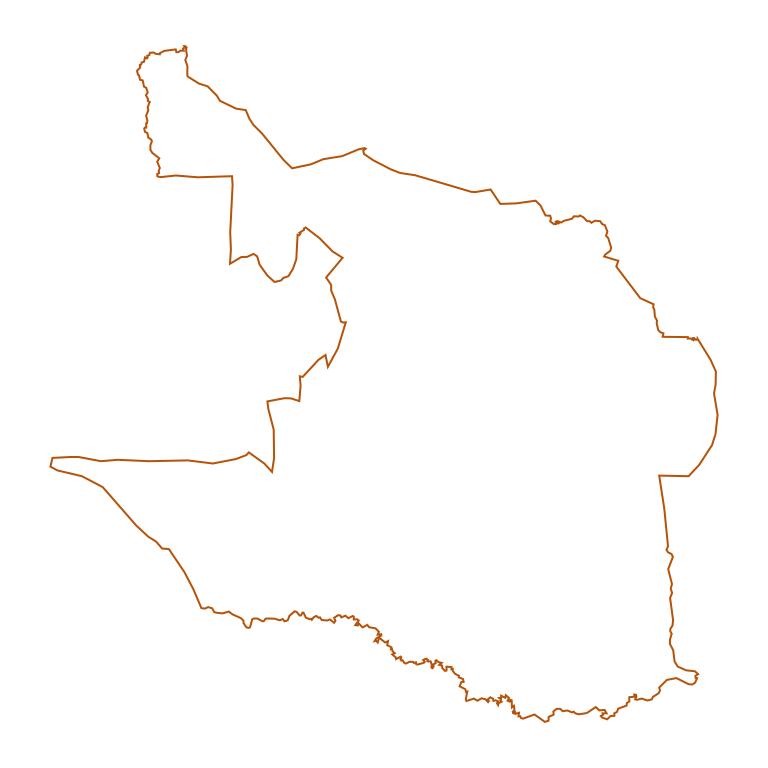 Handeni, Tanga, United Republic of Tanzania
{"feature_id": "72390352B54290670955979", "entity_name": "Handeni", "entity_type": "district", "adm_level": 2, "iso_a3": "TZA", "parent_name": "United Republic of Tanzania", "parent_adm1": "Tanga", "projection": "mercator", "projection_center": [38.284, -5.494], "detail": "fine", "context": "isolated", "style": "outline", "palette": "amber", "viewbox_px": 768, "rotation_deg": 0, "n_neighbors": 0, "source": "geoboundaries", "source_scale": "gbopen_adm2", "svg_char_len": 6075}
<svg xmlns="http://www.w3.org/2000/svg" viewBox="0 0 768 768"><path d="M138.0,74.7L139.0,75.4L140.1,79.8L142.7,80.4L144.0,86.6L146.2,87.8L147.7,92.5L145.9,95.2L148.0,99.0L147.8,100.8L149.7,101.9L147.7,107.2L148.3,110.6L146.1,115.6L147.4,120.8L147.0,123.0L146.2,123.2L146.3,127.6L144.8,127.6L144.2,128.6L145.0,131.9L147.4,133.1L148.3,137.6L151.3,139.6L151.9,141.3L150.4,145.1L150.4,149.8L152.3,152.9L159.3,158.3L157.2,161.7L159.8,168.0L158.7,170.8L159.1,173.1L157.2,174.0L157.4,176.4L160.7,177.1L175.8,175.5L197.8,177.3L232.0,176.2L232.6,185.2L230.2,232.3L230.9,249.5L230.0,263.8L241.4,257.0L247.1,256.9L253.6,253.9L257.2,256.4L259.6,264.7L267.2,275.3L274.5,282.0L281.2,280.4L283.2,278.0L288.4,276.2L292.9,268.9L296.3,259.3L297.6,234.7L299.3,235.2L300.4,233.4L299.5,232.7L304.0,229.9L304.0,228.5L305.7,227.5L319.8,238.4L332.5,251.4L342.6,257.8L326.1,277.5L331.1,284.8L331.2,290.6L334.9,299.4L340.9,321.5L343.2,322.6L345.8,322.3L337.8,348.6L327.9,366.8L325.5,355.0L318.5,359.8L302.7,376.9L299.8,376.3L300.6,385.7L299.3,401.1L291.1,398.4L284.5,398.2L267.4,401.4L268.3,408.8L273.7,429.6L274.1,458.0L272.0,471.9L264.3,463.5L248.8,452.4L246.4,455.1L235.7,459.1L212.9,463.5L187.7,460.4L149.0,461.2L117.5,459.8L100.9,461.2L78.7,457.0L70.6,457.0L52.5,457.9L50.4,466.6L57.3,470.4L81.9,476.2L102.7,487.1L136.4,525.7L148.3,536.7L156.1,541.6L162.1,548.5L168.9,549.1L184.4,572.1L193.4,589.3L201.4,608.1L204.8,608.6L208.1,607.1L212.2,608.3L214.2,612.1L216.5,612.7L222.4,613.4L228.9,611.6L232.2,614.2L241.2,618.3L243.5,620.8L243.5,623.0L246.4,627.4L248.9,627.9L250.1,627.1L252.2,619.3L253.7,618.5L257.3,618.5L262.5,621.3L263.8,621.1L265.6,618.7L267.3,618.5L274.6,618.7L279.9,620.3L282.7,619.0L284.6,621.3L286.3,620.8L287.8,620.2L289.4,615.9L294.6,611.3L296.6,611.9L299.7,615.5L301.0,615.4L302.5,612.6L303.5,612.7L305.9,617.7L309.7,619.2L310.9,618.7L311.8,619.8L313.5,617.4L316.3,615.9L318.6,617.8L320.0,617.4L321.7,620.0L326.9,620.5L329.9,619.5L334.1,622.8L335.4,620.8L334.1,617.8L338.1,615.2L340.4,615.5L341.3,617.4L345.4,615.7L348.4,618.2L352.7,616.0L353.8,616.7L353.8,619.5L357.1,619.3L358.7,620.5L355.3,625.1L357.7,625.5L358.9,623.5L362.6,627.4L367.3,624.9L369.1,627.2L375.6,628.4L378.9,631.8L377.7,634.7L381.1,634.2L381.3,635.5L376.2,638.5L374.6,641.1L376.2,640.7L377.7,642.5L378.9,638.5L379.9,638.3L385.2,642.5L388.0,641.1L387.2,645.2L391.3,647.2L391.1,648.7L391.7,648.2L392.6,651.3L394.7,653.2L392.2,654.4L395.8,657.4L396.1,659.1L400.6,656.6L401.3,657.3L400.5,659.4L401.3,660.6L402.5,660.2L404.6,663.2L406.1,663.5L409.5,661.8L413.0,661.9L413.9,663.0L415.9,662.3L416.2,664.1L417.5,664.6L424.0,662.7L424.7,661.8L423.2,660.0L426.1,658.6L427.8,659.8L427.3,661.0L428.2,661.5L430.6,661.3L431.7,664.6L431.5,667.6L432.4,668.2L433.6,666.7L433.4,664.3L435.7,663.2L435.4,660.8L436.3,660.2L438.5,662.1L441.6,662.9L439.3,664.9L442.1,665.6L442.2,667.9L445.0,670.9L446.5,670.5L446.5,666.7L451.6,667.1L451.4,669.2L452.8,669.0L452.7,670.7L454.9,673.7L458.9,675.8L458.8,677.3L463.1,679.1L463.6,681.9L461.4,682.0L459.6,686.3L465.3,689.2L466.1,692.0L467.3,691.6L465.8,699.1L466.4,701.0L473.9,698.6L477.4,700.7L481.6,698.3L485.5,699.3L488.1,702.1L488.9,701.1L487.6,699.6L490.3,697.3L493.1,698.8L493.4,700.8L495.8,700.4L498.0,701.3L497.0,703.3L498.1,705.1L498.7,703.1L501.6,701.7L500.4,700.6L501.0,699.2L499.2,698.0L501.3,697.5L501.2,695.7L505.3,697.8L505.8,695.2L509.0,698.0L507.6,700.7L509.7,701.6L510.4,699.9L511.7,700.3L511.9,707.4L513.9,705.7L514.2,706.9L514.3,711.0L512.8,711.6L513.1,713.1L514.1,713.5L515.0,711.9L515.7,713.8L519.0,712.8L518.5,716.4L520.2,716.2L521.1,718.1L523.2,718.6L534.5,714.5L544.9,721.9L548.5,720.7L548.7,716.8L553.6,714.7L553.4,711.4L556.6,708.9L560.1,708.8L562.7,711.2L567.4,710.5L572.1,712.4L573.7,711.7L575.2,713.3L578.9,714.3L586.7,713.1L595.8,707.1L599.3,710.4L604.6,709.9L606.6,713.3L602.6,713.3L603.0,714.8L600.8,716.0L602.0,717.5L607.2,719.3L610.5,716.0L614.4,715.8L614.3,713.3L616.9,712.0L618.3,708.6L626.6,705.6L626.8,703.1L629.3,701.5L629.3,697.2L634.3,696.7L634.3,694.5L636.0,694.8L636.4,696.5L635.2,699.3L636.8,699.8L641.8,698.6L647.5,700.5L651.8,699.4L652.9,696.9L658.6,693.3L660.0,690.6L659.2,687.5L666.9,679.9L676.4,678.1L688.6,684.2L692.4,684.5L695.2,682.6L697.0,678.1L695.5,677.8L695.5,675.7L698.1,674.2L695.0,671.3L686.1,670.3L677.8,666.6L674.6,661.6L673.2,650.3L669.9,643.8L670.0,639.5L671.7,633.8L670.2,631.0L670.4,628.8L672.5,625.6L673.1,620.3L670.1,598.0L672.1,593.0L670.7,588.6L672.0,584.1L668.2,569.1L672.9,556.9L671.5,554.0L668.0,552.3L666.5,549.9L668.0,546.2L664.3,508.8L659.2,475.6L688.6,476.2L699.2,464.9L712.1,445.0L715.5,434.1L717.6,414.9L714.0,393.4L715.6,384.7L715.9,371.6L710.7,360.0L697.5,338.6L697.4,339.7L695.4,339.7L694.3,338.1L693.2,338.1L694.0,339.2L693.4,340.2L690.0,338.4L687.8,338.6L687.8,337.1L662.7,336.8L663.4,333.3L660.2,332.2L658.2,329.9L656.7,323.4L657.0,320.6L654.9,316.6L654.3,309.4L653.1,307.3L653.6,304.3L640.2,298.1L616.3,266.6L618.3,260.8L604.1,256.5L605.2,254.6L610.3,250.8L611.2,247.7L608.2,238.0L606.0,235.8L607.4,231.6L604.9,225.3L602.0,223.9L600.2,221.2L595.1,220.7L591.4,222.8L589.7,221.2L587.1,221.2L583.3,217.2L579.9,215.5L578.7,216.5L573.9,216.3L571.9,218.8L564.0,220.8L561.2,222.5L559.7,222.0L558.7,223.4L557.5,223.3L558.4,221.4L556.8,221.1L555.6,221.9L555.9,224.1L554.0,224.2L550.2,221.3L551.0,218.7L550.2,215.7L545.5,215.5L540.5,205.5L535.6,200.7L516.2,203.4L500.3,203.9L490.6,189.5L475.2,192.1L471.2,191.8L415.0,175.2L400.2,173.0L390.7,169.3L373.3,160.3L364.0,154.0L363.2,150.7L365.7,148.7L364.5,148.1L358.7,149.3L342.3,156.1L323.3,159.2L311.0,164.3L292.1,168.3L283.6,160.0L262.3,133.8L253.5,125.0L249.3,118.6L245.8,110.1L236.0,108.6L219.9,100.8L216.9,95.7L207.6,86.3L199.2,83.7L188.3,76.9L187.3,75.6L187.4,66.0L185.3,60.0L187.0,55.8L186.0,49.1L186.6,47.5L185.3,46.1L184.2,46.1L184.9,47.3L183.1,48.5L183.8,50.7L180.5,50.6L178.3,52.1L176.4,52.2L175.7,49.4L164.2,50.9L159.9,53.2L159.8,54.3L155.6,53.8L153.8,52.5L149.9,52.8L149.3,55.1L147.2,55.8L147.6,57.8L147.0,58.4L145.0,57.4L144.0,61.8L141.6,62.5L141.2,64.5L139.9,65.0L140.1,67.6L137.0,70.8L138.0,74.7Z" fill="none" stroke="#b45309" stroke-width="2"/></svg>